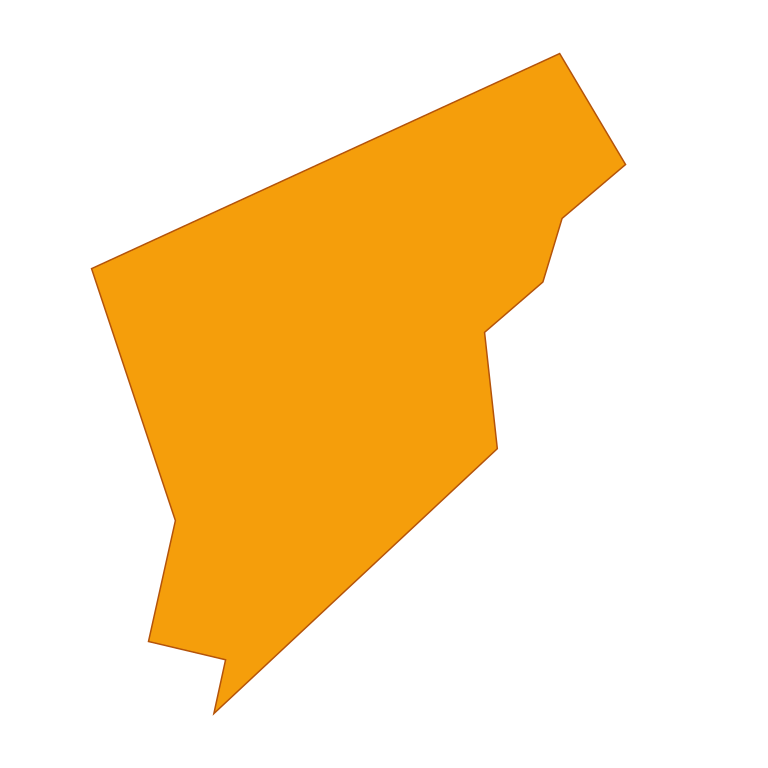 Mengeš, Natural Earth projection, rotated 171°
{"feature_id": "SVN-968", "entity_name": "Mengeš", "entity_type": "Municipality", "adm_level": 1, "iso_a3": "SVN", "parent_name": "Slovenia", "parent_adm1": "", "projection": "natural_earth1", "projection_center": [14.55, 46.165], "detail": "fine", "context": "isolated", "style": "filled", "palette": "amber", "viewbox_px": 768, "rotation_deg": 171, "n_neighbors": 0, "source": "natural_earth", "source_scale": "10m", "svg_char_len": 314}
<svg xmlns="http://www.w3.org/2000/svg" viewBox="0 0 768 768"><g transform="rotate(171 384 384)"><path d="M111.1,563.0L182.2,519.7L211.1,459.9L276.6,419.3L282.2,302.4L603.6,85.1L583.6,136.4L656.9,166.5L611.4,281.7L654.8,543.7L158.8,682.9L111.1,563.0Z" fill="#f59e0b" stroke="#b45309" stroke-width="1.5"/></g></svg>